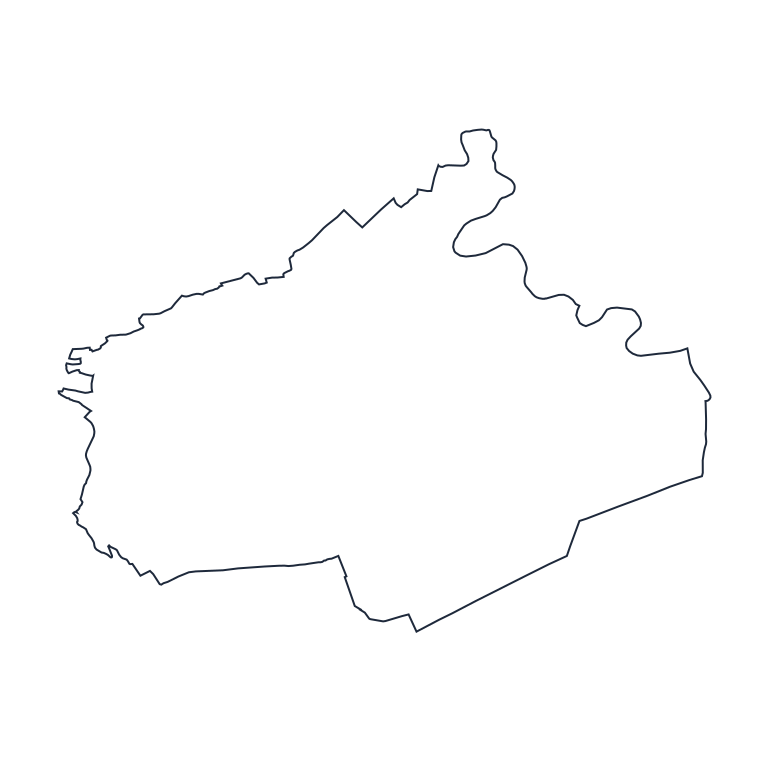 Grosi, Maramures, Romania, rotated 177°
{"feature_id": "2599482B61705992201694", "entity_name": "Grosi", "entity_type": "district", "adm_level": 2, "iso_a3": "ROU", "parent_name": "Romania", "parent_adm1": "Maramures", "projection": "natural_earth1", "projection_center": [23.601, 47.611], "detail": "fine", "context": "isolated", "style": "outline", "palette": "slate", "viewbox_px": 768, "rotation_deg": 177, "n_neighbors": 0, "source": "geoboundaries", "source_scale": "gbopen_adm2", "svg_char_len": 6128}
<svg xmlns="http://www.w3.org/2000/svg" viewBox="0 0 768 768"><g transform="rotate(177 384 384)"><path d="M318.3,599.5L322.9,587.8L326.7,574.3L330.6,574.4L340.1,576.6L341.0,571.9L348.8,566.4L350.9,564.0L354.0,562.4L357.6,559.7L361.2,562.2L362.9,564.3L364.6,568.9L377.7,558.5L397.5,541.5L403.1,547.1L414.9,559.7L421.9,553.2L432.5,545.7L436.1,542.9L448.4,531.3L451.9,528.6L457.7,524.5L461.4,522.5L463.5,521.9L464.9,521.2L466.2,520.5L467.2,519.6L468.1,517.0L468.7,516.5L469.7,516.1L471.6,514.5L471.8,513.9L471.7,512.9L470.9,508.1L470.4,503.8L470.8,502.9L472.4,502.1L474.1,501.6L477.9,499.9L478.8,498.9L478.6,496.2L484.9,495.9L490.2,496.1L496.7,495.4L495.8,491.4L497.9,490.7L503.6,490.0L505.4,491.7L508.8,496.8L513.3,501.6L514.3,501.6L515.8,501.2L517.5,500.4L520.2,497.9L520.8,497.5L522.0,497.0L541.6,493.0L540.7,491.1L540.4,490.7L542.6,490.1L543.2,490.2L544.0,489.0L545.6,487.9L547.7,487.6L549.9,486.7L553.5,486.0L557.8,484.6L559.2,483.9L560.2,482.8L564.3,483.7L566.6,483.8L570.3,483.2L574.6,482.0L577.0,481.7L579.3,482.1L581.2,482.8L588.3,475.6L591.6,471.8L592.6,470.8L593.3,470.5L599.4,468.2L603.3,466.4L604.8,466.0L610.4,465.7L620.7,466.1L621.5,465.7L623.9,462.8L624.3,462.3L625.2,462.2L624.9,458.7L624.6,457.7L623.3,456.2L622.1,455.3L621.7,454.8L621.4,454.0L621.3,453.5L621.4,453.1L622.5,452.4L624.6,451.8L624.8,451.5L627.3,450.6L631.2,449.5L634.5,448.0L638.8,446.9L639.8,446.8L644.7,447.0L649.5,446.6L654.2,446.7L655.2,446.5L659.1,444.8L658.5,442.4L657.9,441.9L658.0,441.4L660.5,439.2L664.6,436.8L664.8,436.6L664.9,435.2L665.7,434.3L668.0,433.2L668.8,433.2L673.4,431.8L674.3,433.5L675.8,433.4L676.0,435.7L678.6,435.7L682.2,435.1L684.3,435.0L693.0,435.1L694.2,432.6L695.8,429.7L697.1,426.0L694.7,425.3L691.5,424.8L689.0,424.9L685.8,425.4L686.0,424.0L685.6,421.9L685.8,420.5L686.4,420.1L688.1,419.9L693.8,419.8L695.6,420.1L699.8,421.2L700.5,419.4L700.2,417.5L700.4,416.4L700.3,415.4L700.0,414.3L699.1,412.4L698.4,411.3L698.0,411.3L694.5,412.7L691.6,413.5L690.1,413.9L688.2,413.9L688.3,413.6L688.2,413.2L687.1,412.1L687.2,411.2L685.2,410.6L681.5,409.1L677.2,407.9L674.8,407.4L674.3,407.4L674.0,407.6L676.0,399.7L676.2,395.1L675.8,391.6L677.3,391.5L680.1,390.9L682.9,390.8L690.0,392.7L692.5,393.6L699.3,394.9L704.2,396.3L704.7,395.2L705.8,393.4L709.3,393.7L709.1,391.6L708.4,391.4L707.0,390.0L701.4,386.5L699.3,386.2L699.0,385.9L698.7,385.1L696.2,384.2L695.4,383.6L689.8,381.9L687.2,379.7L686.5,378.7L678.0,372.4L679.3,371.7L684.6,366.5L679.2,361.5L678.2,360.3L676.8,357.5L676.4,356.2L676.0,354.3L675.7,351.8L675.9,349.9L676.6,347.0L683.2,334.8L684.4,332.3L685.2,329.9L685.4,328.3L685.1,326.1L682.2,318.3L681.7,316.7L681.6,314.3L681.7,312.9L683.0,308.5L685.6,304.0L686.4,302.1L686.7,300.6L688.3,299.1L689.2,297.3L691.4,289.6L693.1,284.9L691.3,281.8L692.3,279.4L694.1,277.7L694.4,277.1L694.7,276.0L695.2,275.2L696.1,274.3L697.4,273.4L698.2,272.6L697.7,271.9L699.0,272.5L700.0,272.2L701.2,271.3L698.6,268.4L697.4,266.1L697.1,264.6L697.1,263.2L697.7,262.4L697.7,261.7L697.3,260.5L696.3,259.3L695.4,258.9L693.4,257.4L691.9,256.6L689.2,254.6L687.7,250.5L686.3,248.3L684.2,245.4L682.3,241.6L681.9,240.2L681.7,237.8L681.2,235.7L679.7,233.7L674.9,230.5L672.6,230.0L670.1,228.7L668.5,227.6L666.1,225.2L665.1,225.1L664.7,225.5L664.6,226.7L667.0,233.9L667.9,236.3L667.0,237.2L665.6,235.7L660.6,233.0L659.4,232.0L657.4,227.4L655.6,224.9L654.1,223.7L650.2,222.1L649.0,220.4L647.7,217.8L646.9,217.4L644.7,217.5L637.3,205.3L627.5,209.6L624.4,206.2L618.5,195.9L616.9,195.3L614.6,196.6L610.4,197.7L599.4,202.5L588.7,206.2L581.7,206.7L554.6,206.4L539.4,207.5L512.7,208.0L498.6,208.0L493.0,207.8L488.9,207.2L484.3,207.3L477.6,207.9L472.3,208.0L468.3,208.5L458.8,209.4L456.7,209.3L454.9,209.6L453.1,210.8L451.6,210.8L449.9,211.8L447.7,212.2L445.5,212.3L438.6,214.7L431.6,193.9L433.3,193.2L424.8,163.8L419.2,160.1L419.6,159.8L415.1,156.7L411.1,150.5L410.3,150.0L409.2,149.7L397.3,147.0L395.0,147.2L378.0,151.3L371.5,152.6L364.5,135.0L341.5,145.6L327.7,151.5L303.7,162.5L252.8,184.9L228.7,195.4L210.4,202.7L206.6,212.2L196.0,237.0L188.8,238.9L156.7,249.3L126.8,258.6L103.9,266.4L83.7,272.2L71.3,275.3L70.3,278.6L69.7,291.2L68.1,299.1L66.9,303.6L65.6,307.0L65.2,309.6L65.5,317.3L64.8,322.0L64.2,331.9L63.8,349.1L63.9,350.1L61.9,350.3L60.7,350.9L59.5,352.0L58.7,353.4L58.7,355.3L60.0,358.4L64.3,365.8L67.9,371.5L74.1,380.1L77.2,388.4L79.2,403.7L86.4,401.6L96.9,400.3L107.9,399.9L125.9,398.7L129.5,399.3L134.0,401.3L137.5,404.1L139.8,407.2L140.2,409.7L139.9,412.7L138.4,415.5L135.1,418.7L126.3,426.0L124.6,428.6L124.2,431.5L124.9,435.1L126.0,438.0L129.5,443.3L132.6,445.5L147.3,448.1L153.2,447.9L157.4,446.7L162.8,439.3L166.0,436.4L171.2,434.0L179.3,431.2L182.5,432.6L185.3,434.6L187.7,440.4L188.4,442.5L186.9,447.7L184.8,451.9L188.3,453.8L191.0,458.1L195.2,461.7L199.6,463.7L204.8,463.8L217.9,460.8L218.5,461.0L219.2,460.7L221.3,460.8L224.7,461.6L227.1,462.6L228.8,463.8L231.1,466.3L232.1,467.8L236.6,473.6L237.4,474.8L238.2,477.4L238.3,479.1L237.9,482.9L235.6,490.6L235.4,492.2L235.6,493.8L236.5,497.6L239.4,504.5L243.6,511.2L247.9,515.0L251.9,516.6L257.9,517.4L275.6,509.4L285.8,507.5L295.4,507.0L301.2,508.2L305.6,511.4L306.7,512.8L307.8,517.1L306.8,521.9L305.2,524.9L303.3,527.1L301.9,529.9L295.6,538.2L293.3,539.9L288.6,542.6L283.7,544.1L274.6,546.4L272.6,547.1L268.9,549.1L266.4,551.1L263.3,554.6L258.6,562.0L256.2,563.7L253.7,564.1L251.7,564.8L245.8,567.5L244.1,569.9L243.5,571.7L243.2,573.6L243.2,574.8L243.5,576.4L244.4,578.1L245.5,579.8L246.7,581.1L250.1,583.6L254.7,586.3L259.3,589.4L260.3,590.2L261.3,592.2L261.6,593.3L261.6,594.7L261.5,596.0L261.5,599.0L262.0,600.4L262.9,601.6L263.5,604.5L263.2,606.2L262.5,608.2L259.8,611.9L259.3,615.2L259.1,618.7L259.3,620.3L259.9,621.5L263.2,624.5L263.8,625.4L265.0,630.6L265.4,631.8L265.9,632.2L266.8,632.3L268.5,631.9L271.4,632.7L273.1,633.0L277.0,632.9L281.8,632.5L285.4,631.7L288.2,631.9L289.5,631.8L292.3,630.6L293.2,629.8L293.6,629.2L293.8,628.4L294.2,624.2L293.9,621.2L292.9,618.5L291.2,613.2L289.0,609.2L288.0,605.5L288.0,602.2L290.1,599.4L292.6,598.0L295.9,598.0L308.4,599.1L311.1,598.9L314.1,597.7L316.2,598.0L318.0,599.0L318.3,599.5Z" fill="none" stroke="#1e293b" stroke-width="2"/></g></svg>